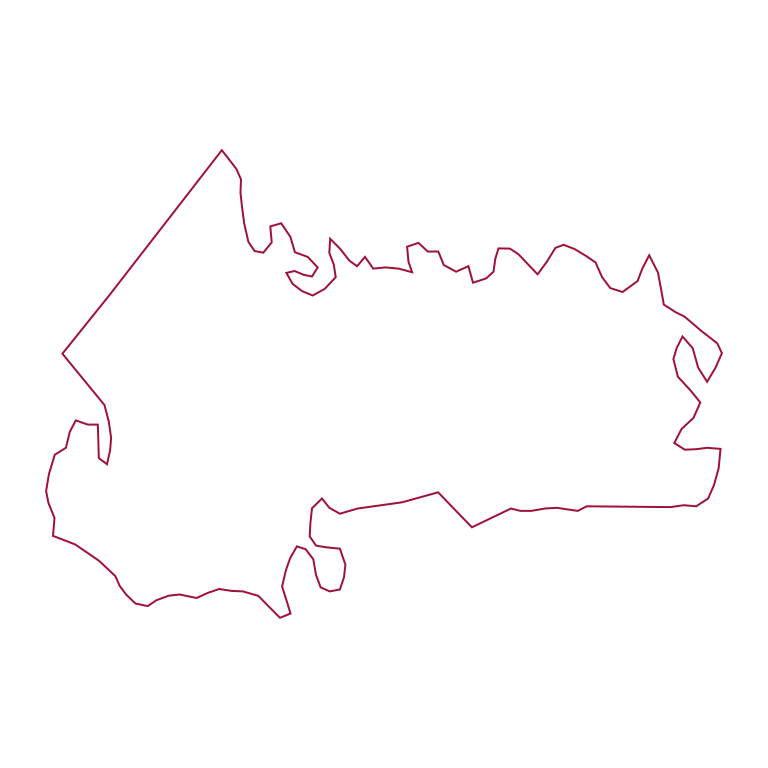 Floriano Peixoto, Rio Grande do Sul, Brazil (Equal Earth projection)
{"feature_id": "56859067B13230601625059", "entity_name": "Floriano Peixoto", "entity_type": "district", "adm_level": 2, "iso_a3": "BRA", "parent_name": "Brazil", "parent_adm1": "Rio Grande do Sul", "projection": "equal_earth", "projection_center": [-52.034, -27.853], "detail": "fine", "context": "isolated", "style": "outline", "palette": "rose", "viewbox_px": 768, "rotation_deg": 0, "n_neighbors": 0, "source": "geoboundaries", "source_scale": "gbopen_adm2", "svg_char_len": 2175}
<svg xmlns="http://www.w3.org/2000/svg" viewBox="0 0 768 768"><path d="M221.8,150.2L109.7,294.8L62.4,353.7L104.5,405.1L108.8,421.6L111.1,438.0L110.1,450.4L107.0,464.2L98.8,458.2L98.3,439.2L97.8,424.6L87.8,424.6L75.8,420.4L69.8,431.8L65.9,447.8L54.8,454.7L48.9,474.2L46.1,491.1L48.4,502.8L54.5,518.0L53.0,535.9L75.3,544.5L99.2,560.9L115.3,576.1L119.7,585.9L126.1,594.5L135.4,603.5L147.7,606.1L156.5,600.2L168.7,595.7L179.6,594.5L196.6,598.0L208.0,592.8L219.2,589.0L231.5,590.9L242.9,591.4L258.4,595.9L268.9,606.6L280.0,617.8L290.5,613.5L287.1,602.3L282.1,586.6L285.9,570.2L290.3,557.8L296.9,546.4L305.6,549.2L313.3,559.2L316.0,574.9L320.6,587.3L329.7,591.4L339.9,589.5L344.0,577.3L345.4,564.7L339.9,548.7L326.1,547.3L316.0,545.6L309.7,536.4L310.4,523.0L312.0,508.3L322.0,498.5L329.3,507.8L339.9,513.7L357.7,508.5L402.1,502.3L438.1,492.3L471.9,527.3L511.0,508.5L520.4,510.9L531.1,510.9L545.2,508.5L556.8,507.8L577.7,510.9L586.7,506.3L670.5,507.1L683.9,505.2L696.2,506.3L708.1,498.5L714.0,485.1L718.7,468.0L720.5,448.9L707.1,447.8L696.2,449.2L684.8,449.7L674.3,443.0L681.6,428.9L693.4,418.0L700.3,402.5L690.4,390.3L677.9,376.8L673.4,359.1L676.6,348.2L682.5,336.5L692.7,348.2L698.2,367.7L707.1,381.8L715.5,367.7L721.9,353.2L717.3,343.4L709.4,337.2L701.4,331.0L694.5,325.1L684.3,316.5L675.6,312.2L663.8,304.6L661.1,289.3L657.9,272.4L649.2,255.3L642.2,268.9L637.6,281.0L622.6,292.0L610.3,288.1L602.1,277.2L595.5,262.4L586.1,256.0L574.7,249.1L563.6,244.8L555.4,247.9L547.0,261.5L537.6,274.3L528.3,264.6L518.3,254.1L509.9,248.6L498.5,248.4L495.3,258.8L493.5,271.7L486.2,278.4L473.0,282.7L468.4,266.2L456.1,271.7L443.8,265.0L438.3,251.5L427.7,251.5L418.5,242.9L407.1,246.7L408.5,261.9L412.1,272.2L398.5,268.6L385.5,267.4L373.2,268.6L365.0,256.9L357.1,266.2L349.5,260.8L340.4,249.1L330.2,238.8L329.3,252.7L333.8,264.6L335.7,277.2L324.7,288.9L312.7,295.5L302.2,291.2L292.6,283.9L286.4,272.9L294.6,271.0L303.6,274.8L312.0,276.5L317.7,267.4L307.7,256.9L294.9,252.2L290.4,236.9L281.2,223.3L270.3,226.4L271.7,242.4L263.3,252.7L254.6,251.0L248.4,241.9L244.1,222.9L241.8,205.0L240.5,192.8L241.0,179.3L236.4,169.0L229.5,160.0L221.8,150.2Z" fill="none" stroke="#9f1239" stroke-width="2"/></svg>